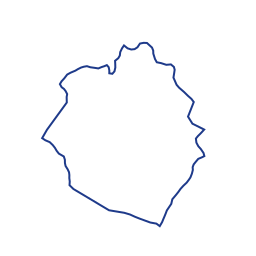 the district of Juazeiro do Norte, Ceará, Brazil, rotated 304°
{"feature_id": "56859067B35969232140200", "entity_name": "Juazeiro do Norte", "entity_type": "district", "adm_level": 2, "iso_a3": "BRA", "parent_name": "Brazil", "parent_adm1": "Ceará", "projection": "orthographic", "projection_center": [-39.273, -7.179], "detail": "fine", "context": "isolated", "style": "outline", "palette": "blue", "viewbox_px": 256, "rotation_deg": 304, "n_neighbors": 0, "source": "geoboundaries", "source_scale": "gbopen_adm2", "svg_char_len": 1586}
<svg xmlns="http://www.w3.org/2000/svg" viewBox="0 0 256 256"><g transform="rotate(304 128 128)"><path d="M147.4,207.0L149.5,204.6L151.3,200.1L152.2,196.5L154.1,192.9L157.2,190.2L160.5,190.5L163.4,191.1L166.4,191.6L169.3,192.0L167.6,179.0L169.6,174.5L171.0,171.4L186.3,168.0L187.6,164.3L188.2,159.7L189.2,154.3L190.0,147.8L191.0,144.1L195.2,137.5L199.7,135.4L202.4,134.1L204.3,131.9L204.7,128.0L201.8,124.4L200.3,119.2L198.6,115.1L200.3,111.8L203.8,107.4L206.3,105.6L208.1,102.9L208.5,100.2L209.1,96.2L207.4,93.4L204.7,90.7L200.2,90.7L197.1,89.4L194.9,86.8L193.8,83.1L194.2,78.5L190.7,78.5L186.6,79.1L183.5,80.7L180.4,80.9L176.5,79.7L173.7,81.8L171.0,83.7L167.4,85.1L164.2,84.7L162.9,81.9L165.3,80.3L167.6,78.0L168.3,75.3L166.0,73.8L163.7,72.0L160.8,70.1L159.5,67.3L157.3,62.8L156.3,59.4L154.1,57.1L151.9,55.3L148.7,53.5L146.1,52.3L141.8,49.5L138.3,47.7L133.5,47.4L129.5,46.8L126.3,47.0L124.7,50.2L124.6,53.0L123.7,55.7L122.1,58.6L119.4,59.8L114.9,63.0L81.2,61.8L71.6,62.5L71.6,66.3L72.5,71.0L71.8,75.1L70.7,78.5L69.2,81.6L68.1,85.0L68.5,90.7L66.4,93.4L63.7,95.3L61.6,97.5L60.0,101.1L58.3,103.9L56.2,105.7L53.6,107.4L51.1,109.6L47.9,111.5L46.9,116.9L47.6,129.2L48.6,147.7L49.2,158.3L55.6,172.3L57.4,178.0L58.3,183.4L59.4,188.4L62.1,199.3L64.6,205.0L64.4,209.2L69.1,208.9L71.9,208.3L75.1,207.7L78.0,207.1L81.4,206.3L84.9,206.3L89.3,206.3L93.7,204.6L99.3,205.2L103.0,205.5L107.0,205.6L111.1,206.2L115.5,207.2L119.1,207.4L121.9,207.4L125.9,206.5L129.5,205.2L131.7,203.5L134.6,202.8L138.1,203.1L141.7,203.5L144.9,205.6L147.4,207.0Z" fill="none" stroke="#1e3a8a" stroke-width="2"/></g></svg>